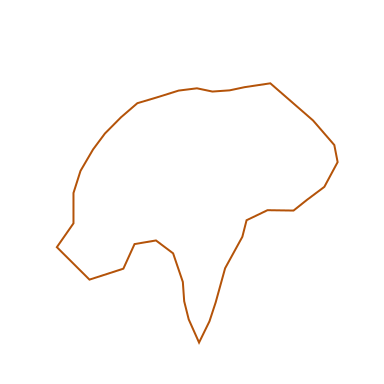 Koilanemos, Cyprus, rotated 311°
{"feature_id": "46923920B29026112812514", "entity_name": "Koilanemos", "entity_type": "district", "adm_level": 2, "iso_a3": "CYP", "parent_name": "Cyprus", "parent_adm1": "", "projection": "mercator", "projection_center": [34.134, 35.492], "detail": "fine", "context": "isolated", "style": "outline", "palette": "amber", "viewbox_px": 384, "rotation_deg": 311, "n_neighbors": 0, "source": "geoboundaries", "source_scale": "gbopen_adm2", "svg_char_len": 610}
<svg xmlns="http://www.w3.org/2000/svg" viewBox="0 0 384 384"><g transform="rotate(311 192 192)"><path d="M83.0,296.1L105.9,290.0L124.2,282.3L156.2,267.0L191.2,259.4L206.5,251.7L227.8,260.9L244.6,280.8L261.4,283.9L282.7,288.5L310.1,282.3L320.8,268.6L325.4,236.4L325.4,215.0L325.4,179.8L305.6,162.9L293.4,153.7L281.2,141.5L273.5,127.7L259.8,115.4L240.0,103.2L223.2,92.5L201.9,89.4L179.0,87.9L159.2,89.4L134.8,94.0L113.5,103.2L90.6,123.1L61.7,126.2L58.6,172.1L89.1,190.5L115.0,182.8L131.8,196.6L133.3,218.0L118.1,244.1L104.4,257.8L93.7,273.1L83.0,296.1Z" fill="none" stroke="#b45309" stroke-width="2"/></g></svg>